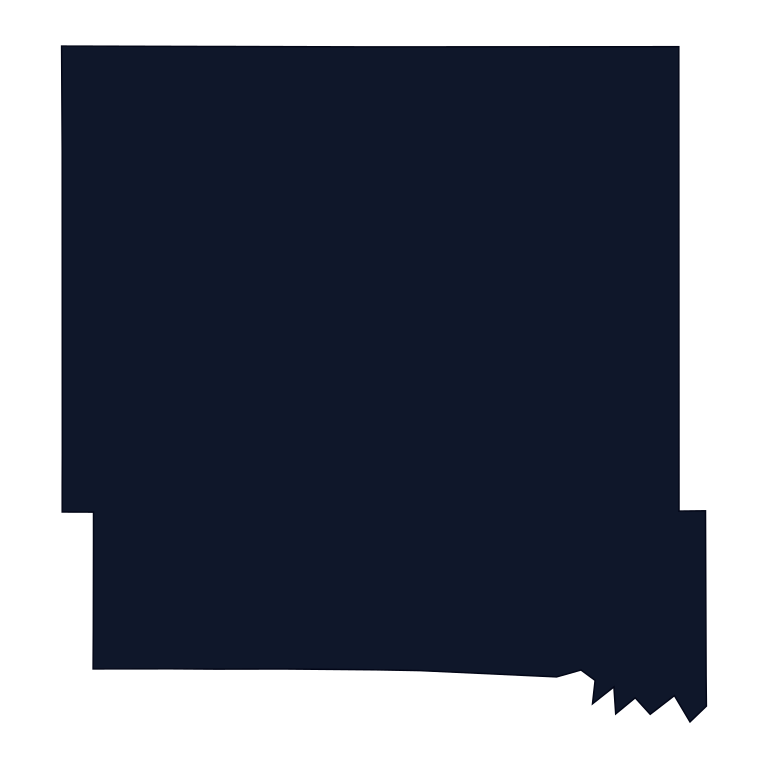 Polk, Iowa, United States of America
{"feature_id": "52423323B92251381588523", "entity_name": "Polk", "entity_type": "district", "adm_level": 2, "iso_a3": "USA", "parent_name": "United States of America", "parent_adm1": "Iowa", "projection": "albers", "projection_center": [-93.57, 41.673], "detail": "fine", "context": "isolated", "style": "filled", "palette": "ink", "viewbox_px": 768, "rotation_deg": 0, "n_neighbors": 0, "source": "geoboundaries", "source_scale": "gbopen_adm2", "svg_char_len": 525}
<svg xmlns="http://www.w3.org/2000/svg" viewBox="0 0 768 768"><path d="M216.9,46.5L61.6,46.1L62.2,151.4L62.3,454.4L62.2,486.5L62.2,512.0L93.5,512.1L93.5,540.5L93.3,630.9L93.1,668.9L170.9,668.8L215.8,669.1L267.3,669.0L286.4,669.0L376.1,669.8L420.1,670.6L556.6,676.9L581.0,670.0L595.1,680.4L592.5,703.8L613.9,686.9L615.7,713.9L635.2,697.8L650.2,714.3L674.4,695.6L690.0,721.9L706.4,706.1L706.1,676.1L705.5,510.8L679.0,511.1L678.8,46.7L371.4,46.9L230.1,46.5L216.9,46.5Z" fill="#0f172a" stroke="#020617" stroke-width="1.5"/></svg>